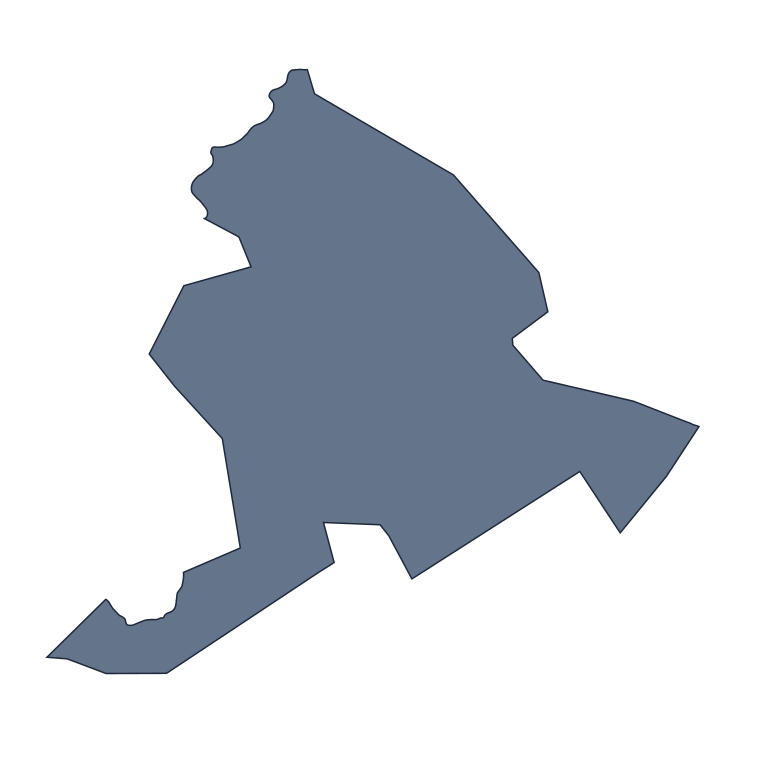 outline of Trinidad, Santa Bárbara, Honduras, rotated 184°
{"feature_id": "27666195B30534967485029", "entity_name": "Trinidad", "entity_type": "district", "adm_level": 2, "iso_a3": "HND", "parent_name": "Honduras", "parent_adm1": "Santa Bárbara", "projection": "mercator", "projection_center": [-88.214, 15.162], "detail": "fine", "context": "isolated", "style": "filled", "palette": "slate", "viewbox_px": 768, "rotation_deg": 184, "n_neighbors": 0, "source": "geoboundaries", "source_scale": "gbopen_adm2", "svg_char_len": 6093}
<svg xmlns="http://www.w3.org/2000/svg" viewBox="0 0 768 768"><g transform="rotate(184 384 384)"><path d="M701.2,87.9L680.9,87.7L641.1,75.8L580.8,80.2L435.7,191.8L421.3,202.4L434.7,241.6L378.1,243.3L368.6,232.9L342.6,191.5L182.6,310.4L138.0,252.0L96.0,311.3L66.8,363.5L67.9,363.8L69.0,364.2L70.0,364.4L71.0,364.6L72.1,364.8L72.5,364.9L73.1,365.1L74.4,365.7L77.2,366.7L77.7,366.8L79.0,367.1L133.8,384.2L225.6,398.9L258.1,431.6L259.2,438.5L225.6,467.5L237.3,506.0L329.3,597.4L435.4,649.8L473.6,668.7L482.4,692.2L483.6,692.1L484.5,692.0L485.6,692.0L486.7,691.9L488.6,692.0L489.1,692.0L489.6,692.0L490.3,691.9L491.5,691.7L493.2,691.4L494.3,691.3L496.8,690.9L497.1,690.9L497.3,690.8L497.5,690.7L497.9,690.6L498.4,690.2L498.9,689.8L499.4,689.4L499.8,688.8L500.2,688.3L500.5,687.8L500.8,687.2L501.0,686.8L501.1,686.5L501.4,685.2L501.5,684.7L501.6,684.0L501.6,683.6L501.8,682.1L501.9,681.0L502.0,680.3L502.2,679.4L502.5,678.6L502.6,678.3L502.8,677.9L503.0,677.5L503.1,677.2L503.5,676.8L503.8,676.3L504.2,675.9L504.6,675.5L505.2,674.9L505.7,674.5L506.5,673.8L507.0,673.4L507.6,673.0L508.2,672.6L509.6,671.8L510.8,671.2L511.2,671.0L511.6,670.8L512.0,670.7L513.2,670.3L513.5,670.2L514.0,670.0L514.3,669.9L514.9,669.6L515.3,669.4L515.6,669.1L516.0,668.9L516.4,668.5L516.8,668.1L517.2,667.7L517.4,667.4L517.6,667.1L517.9,666.5L518.1,666.0L518.3,665.7L518.4,665.1L518.6,664.6L518.7,664.2L518.7,663.7L518.7,663.4L518.7,663.2L518.6,662.9L518.5,662.6L518.3,662.2L518.0,661.8L517.7,661.3L517.2,660.8L516.8,660.4L515.7,659.4L515.3,658.9L515.0,658.5L514.6,658.0L514.3,657.6L514.1,657.2L513.9,656.7L513.7,656.3L513.6,655.9L513.5,655.5L513.5,655.2L513.4,654.3L513.4,653.5L513.4,652.7L513.4,651.7L513.5,651.1L513.5,650.0L513.7,649.0L513.7,648.7L513.8,648.4L514.1,647.9L514.4,647.4L515.1,646.1L515.8,644.8L516.5,643.7L517.5,642.0L518.0,641.3L518.3,640.8L518.7,640.4L519.1,639.9L519.5,639.5L520.0,639.0L520.6,638.5L521.2,638.0L521.8,637.6L522.7,637.0L523.4,636.5L524.8,635.7L525.6,635.2L526.6,634.8L527.1,634.6L528.1,634.2L529.0,633.8L529.6,633.5L530.1,633.2L531.1,632.7L531.5,632.4L532.0,632.0L532.5,631.6L533.1,631.0L533.6,630.4L534.4,629.5L535.4,628.2L535.8,627.6L536.2,627.0L536.6,626.4L537.3,625.1L537.6,624.6L537.8,624.3L538.4,623.7L539.8,622.2L540.2,621.7L540.8,621.1L542.0,619.6L542.7,618.9L543.5,618.1L543.9,617.8L544.4,617.4L547.4,615.2L549.1,614.1L549.8,613.6L550.2,613.4L550.7,613.1L552.1,612.5L553.2,612.1L554.6,611.6L557.1,610.7L558.2,610.3L559.5,609.7L559.9,609.6L560.4,609.4L561.2,609.3L562.1,609.1L563.3,609.0L564.5,608.8L566.5,608.6L567.0,608.6L567.5,608.6L568.3,608.6L569.0,608.6L569.5,608.6L569.9,608.6L570.5,608.4L570.9,608.3L571.4,608.1L571.5,608.0L571.7,607.8L571.8,607.6L571.9,607.4L572.2,606.6L572.5,605.5L572.8,604.2L572.9,603.5L572.9,603.3L572.9,602.9L572.8,602.5L572.6,602.0L572.5,601.7L572.4,601.5L572.2,601.3L572.0,601.1L571.7,600.7L571.4,600.5L571.3,600.2L571.1,600.0L570.9,599.6L570.7,598.9L570.5,598.4L570.3,597.5L570.1,596.5L570.0,595.8L569.9,594.9L569.9,594.0L569.9,593.2L570.1,592.5L570.2,591.8L570.4,591.1L570.6,590.6L570.8,590.3L571.0,589.9L571.2,589.4L571.6,588.9L571.9,588.6L572.7,587.8L573.8,586.7L575.0,585.5L576.3,584.3L579.0,582.0L580.4,580.8L580.8,580.5L581.3,580.1L581.7,579.9L582.5,579.5L583.0,579.2L583.5,578.8L583.9,578.4L584.3,578.0L584.8,577.5L585.2,577.0L586.0,576.0L586.9,574.8L587.2,574.4L587.9,573.4L588.2,572.8L588.5,572.3L588.7,571.9L588.9,571.5L589.0,571.1L589.2,570.5L589.3,570.0L589.5,569.4L589.6,568.9L589.7,568.2L589.8,567.3L589.8,566.4L589.8,565.7L589.7,565.3L589.7,564.9L589.6,564.4L589.5,563.7L589.4,563.3L589.2,562.7L589.0,562.2L588.9,562.0L588.5,561.4L588.2,561.1L587.8,560.5L587.1,559.8L585.9,558.6L585.0,557.7L584.4,557.2L583.6,556.4L583.0,555.9L582.4,555.4L581.2,554.6L580.7,554.2L580.0,553.5L579.3,552.9L578.3,551.8L576.6,550.0L576.0,549.3L574.3,547.4L573.8,546.7L573.3,546.1L572.9,545.4L572.6,544.9L572.3,544.2L572.2,543.6L572.1,543.2L572.0,542.5L571.9,541.7L572.0,540.8L572.0,540.0L572.2,539.4L572.3,538.9L572.4,538.6L572.6,538.3L572.9,537.9L573.3,537.5L573.6,537.2L574.4,536.7L574.7,536.5L539.0,520.6L524.8,491.6L590.5,468.1L620.3,397.5L592.7,367.1L541.5,318.3L515.9,210.4L570.9,182.1L570.8,181.4L570.7,180.7L570.6,180.1L570.6,179.5L570.5,178.6L570.5,177.6L570.5,176.5L570.6,175.8L570.6,174.7L570.7,174.0L570.8,173.0L570.9,171.8L571.2,170.1L571.3,169.1L571.6,167.9L571.7,167.6L571.8,167.3L572.2,166.7L573.6,164.4L575.3,161.6L575.5,161.3L575.5,161.1L575.6,160.7L575.7,160.2L575.7,159.8L575.8,159.2L575.9,156.2L576.1,151.8L576.1,151.2L576.3,149.0L576.4,148.2L576.5,147.5L576.7,146.9L576.9,146.3L577.1,145.8L577.3,145.3L577.6,144.8L577.9,144.4L578.2,143.9L578.6,143.5L579.0,143.1L579.2,142.8L579.5,142.6L580.1,142.2L580.6,141.9L581.2,141.6L582.0,141.1L582.5,140.9L583.8,140.4L584.4,140.0L584.8,139.8L585.4,139.3L585.8,138.9L586.0,138.7L586.4,138.3L586.6,138.0L586.7,137.8L586.9,137.4L587.1,136.9L587.2,136.6L587.3,136.4L587.4,136.1L587.7,135.8L587.8,135.6L588.0,135.4L588.3,135.2L588.6,135.0L588.9,134.9L589.2,135.0L589.6,135.1L589.8,135.1L590.1,135.1L590.4,135.0L590.6,135.0L590.9,134.8L591.2,134.7L591.6,134.4L592.1,134.1L592.4,134.0L592.8,133.8L593.1,133.7L594.0,133.4L594.9,133.0L595.1,133.0L595.6,133.0L596.6,133.0L597.8,132.9L599.1,132.9L600.5,132.7L601.8,132.5L603.0,132.3L604.0,132.1L604.9,131.9L605.4,131.8L606.2,131.5L606.9,131.2L607.4,131.0L608.7,130.4L610.8,129.4L616.6,126.5L617.2,126.2L617.6,126.0L618.2,125.9L618.8,125.7L619.6,125.6L620.3,125.5L621.0,125.5L621.6,125.5L622.4,125.6L622.8,125.7L623.1,125.7L623.3,125.8L623.5,125.9L623.6,126.0L623.9,126.4L624.5,127.4L624.8,127.9L624.9,128.3L625.1,128.7L625.2,129.0L625.3,129.4L625.5,130.3L625.6,130.7L625.8,131.1L626.0,131.4L626.3,131.7L626.4,131.9L626.6,132.1L626.9,132.3L627.4,132.6L628.0,133.0L628.6,133.4L629.0,133.6L629.5,133.8L630.2,134.1L631.0,134.4L631.6,134.6L632.3,135.2L632.7,135.5L633.6,136.2L634.5,137.1L636.5,138.9L637.4,139.8L638.0,140.3L638.9,141.2L639.3,141.7L639.8,142.3L640.8,143.7L641.9,145.2L642.9,146.8L643.1,147.1L644.4,148.3L644.6,148.5L644.9,148.8L645.4,149.1L645.9,149.4L646.6,149.7L701.2,87.9Z" fill="#64748b" stroke="#1e293b" stroke-width="1.5"/></g></svg>